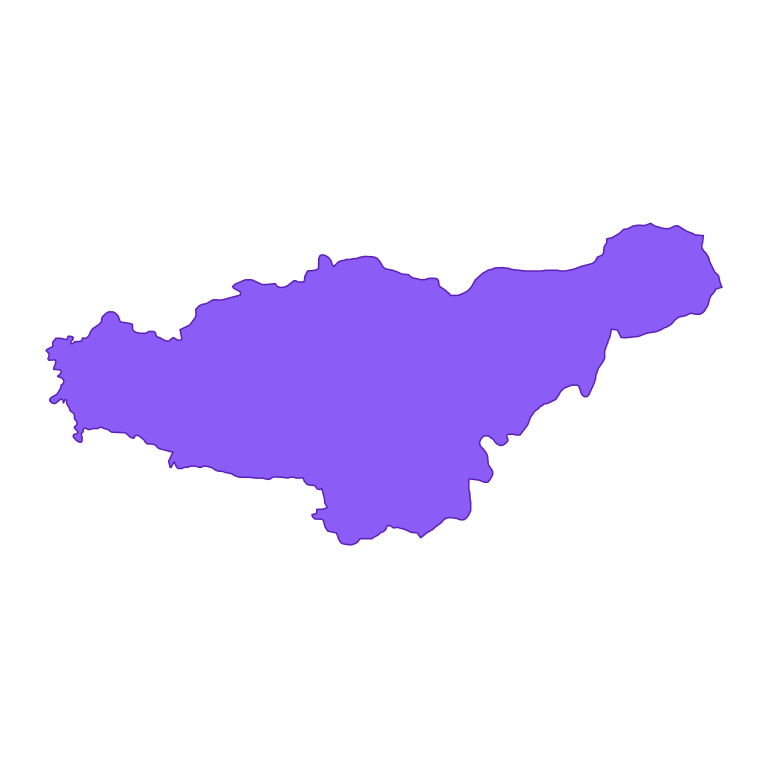 the district of Orotina, Alajuela, Costa Rica
{"feature_id": "36466004B51019647816434", "entity_name": "Orotina", "entity_type": "district", "adm_level": 2, "iso_a3": "CRI", "parent_name": "Costa Rica", "parent_adm1": "Alajuela", "projection": "orthographic", "projection_center": [-84.58, 9.893], "detail": "fine", "context": "isolated", "style": "filled", "palette": "violet", "viewbox_px": 768, "rotation_deg": 0, "n_neighbors": 0, "source": "geoboundaries", "source_scale": "gbopen_adm2", "svg_char_len": 6025}
<svg xmlns="http://www.w3.org/2000/svg" viewBox="0 0 768 768"><path d="M703.3,235.6L694.4,234.8L693.1,233.6L686.8,231.3L677.9,225.8L675.1,225.9L668.9,228.7L664.0,228.5L654.9,226.1L650.6,223.3L644.9,225.5L637.8,225.2L633.0,226.1L627.2,229.0L623.9,229.2L619.1,233.6L612.0,237.7L606.8,238.9L606.7,242.8L604.1,246.8L603.5,253.3L601.8,255.3L597.3,257.2L595.4,261.1L592.4,263.5L581.2,266.4L574.3,269.0L565.6,271.0L560.4,271.0L557.6,270.3L545.6,270.3L541.2,271.0L525.4,271.0L512.2,269.5L508.7,268.4L502.9,267.6L494.7,268.0L492.8,269.1L488.5,270.0L482.8,273.2L475.5,279.7L471.6,286.6L468.8,289.9L466.7,291.6L462.1,293.8L459.4,295.0L457.3,295.4L450.6,295.4L449.0,293.3L446.6,291.6L446.3,290.9L439.7,286.4L439.1,285.3L438.4,280.4L436.5,278.5L429.8,278.2L426.6,279.0L426.1,279.5L420.9,279.7L413.0,277.9L411.8,277.4L408.3,274.6L401.6,274.0L396.5,271.5L395.0,271.3L393.0,270.3L385.3,268.8L382.9,266.7L380.0,261.7L377.7,258.8L375.5,257.5L372.7,256.8L364.5,256.4L360.2,257.2L356.2,258.6L353.2,258.6L350.7,259.4L346.2,259.4L345.0,260.1L340.7,260.9L338.3,262.0L333.8,266.5L332.4,264.7L330.8,260.3L327.7,256.8L324.1,255.0L321.2,255.0L320.0,255.7L318.8,258.5L318.5,268.4L316.4,269.9L312.6,270.6L307.9,270.9L307.3,271.3L304.8,276.6L304.4,280.8L303.5,281.9L298.3,282.1L295.9,280.8L294.0,280.7L288.1,285.3L285.6,286.7L282.4,287.4L280.0,287.4L277.4,286.6L275.2,283.6L266.7,284.5L261.9,284.5L252.6,280.1L250.7,279.7L245.0,279.9L235.0,284.2L232.7,286.5L233.3,287.9L240.5,292.0L240.3,295.1L221.1,300.1L214.0,299.7L212.2,300.2L206.5,303.6L202.5,304.3L199.2,305.8L195.8,309.2L196.0,315.4L195.2,317.6L190.2,324.4L189.5,325.1L180.1,329.7L181.8,338.7L181.1,339.7L179.8,340.2L177.9,340.2L173.5,337.6L172.2,338.2L168.7,341.1L165.4,340.8L159.6,337.6L156.6,336.7L155.4,332.8L153.8,331.4L149.0,331.4L145.6,333.3L139.8,333.3L136.6,332.5L134.1,331.4L133.0,330.1L132.6,329.2L132.5,324.8L132.0,324.1L128.8,323.2L120.3,321.9L118.1,315.9L114.8,312.7L112.9,311.9L108.5,311.9L106.1,313.3L102.6,316.5L101.6,318.8L101.6,321.2L100.6,322.7L99.0,324.4L92.7,328.7L90.7,331.4L89.2,335.1L87.4,337.3L85.8,338.3L83.4,338.3L82.8,337.9L81.1,341.3L74.9,341.7L72.7,343.6L71.1,343.7L70.8,341.9L72.9,339.6L73.2,337.4L71.8,336.6L69.0,336.1L68.1,336.5L66.7,339.7L60.7,338.3L55.9,338.3L52.9,341.9L52.8,346.5L46.9,349.5L46.1,350.6L49.2,353.9L48.9,356.6L48.0,358.4L48.3,359.7L49.0,360.2L55.2,359.9L55.6,360.6L55.7,363.0L53.9,367.5L53.8,369.4L59.4,369.8L60.8,370.5L61.2,372.2L59.7,374.6L57.8,375.9L57.7,376.5L62.1,378.1L63.7,380.2L63.8,382.1L63.1,383.8L61.2,385.0L60.6,388.3L56.9,394.3L51.3,397.4L49.9,399.1L49.7,400.7L52.1,403.0L54.3,403.6L56.1,402.9L60.7,399.1L61.6,399.1L63.0,400.3L63.4,403.4L64.6,400.0L65.9,399.8L66.5,400.3L66.5,402.7L67.7,405.7L68.9,407.0L70.2,410.8L73.8,413.5L74.4,415.5L74.5,418.9L76.6,421.3L77.0,423.0L76.8,424.8L74.6,426.7L74.4,427.5L74.6,428.3L77.8,431.6L77.7,433.0L75.7,434.1L73.6,434.6L73.2,436.8L76.0,440.1L79.1,442.1L81.3,442.1L82.1,440.5L82.1,437.1L81.4,435.1L81.4,433.2L83.0,432.0L83.3,429.2L84.3,428.4L86.1,428.1L88.0,429.6L89.4,429.6L92.9,428.6L97.7,428.6L99.3,427.4L102.2,427.4L103.3,428.3L108.4,429.7L110.4,431.5L112.1,432.2L124.3,432.7L125.9,433.2L130.2,437.1L132.8,438.2L134.1,438.0L135.0,435.7L136.3,435.4L138.7,435.6L144.5,440.4L145.2,442.1L147.3,443.9L152.1,444.0L154.4,444.7L155.6,445.2L157.7,447.7L159.6,448.8L172.9,452.2L168.6,461.3L170.2,467.5L171.1,467.4L174.0,462.1L174.4,462.1L175.6,465.2L177.2,467.8L178.3,468.5L182.1,468.5L183.9,467.4L188.7,467.1L189.7,466.4L191.1,466.1L195.5,466.1L199.0,467.3L201.4,467.3L203.2,466.1L206.6,466.2L212.5,467.9L215.3,470.1L218.6,471.2L222.8,471.4L224.9,472.4L231.4,473.6L235.0,475.8L239.1,477.2L250.1,477.4L255.7,478.1L263.4,478.1L264.0,478.6L267.7,479.3L269.6,479.3L273.4,476.9L283.9,477.4L285.5,477.9L288.4,477.9L290.1,477.2L294.4,477.2L295.9,478.1L303.1,477.9L304.3,481.2L307.1,484.4L309.8,485.1L314.0,485.3L315.7,486.7L316.9,488.6L318.2,489.4L321.1,489.4L321.6,488.5L321.9,488.8L324.4,498.4L324.8,503.1L327.3,507.6L323.5,509.1L316.8,509.4L316.5,513.6L312.2,514.5L312.0,515.2L312.6,516.9L315.0,519.0L321.7,519.2L322.8,519.9L323.4,520.6L324.9,526.5L327.1,530.2L328.1,531.2L336.1,532.9L337.4,535.2L338.6,539.1L340.2,541.9L341.7,543.2L343.4,543.9L348.1,544.7L351.9,544.7L355.4,543.5L357.7,542.0L359.7,539.1L360.5,538.7L371.9,538.7L374.2,537.0L378.0,535.1L380.5,532.6L383.7,531.5L386.0,529.1L386.5,526.9L387.7,525.7L390.5,525.7L393.4,527.9L397.4,527.4L405.0,529.5L411.3,532.4L417.3,532.9L420.4,537.5L421.1,537.5L426.6,533.0L433.1,529.2L434.5,527.7L441.3,522.6L443.7,519.8L446.8,517.9L450.4,517.6L456.3,518.3L460.3,519.8L463.3,519.8L464.6,519.5L464.9,518.9L466.2,518.3L468.6,515.2L470.7,510.6L470.7,502.4L470.0,498.1L469.9,493.6L468.8,489.3L468.8,481.0L469.6,478.9L478.9,480.1L484.7,482.3L487.7,482.2L489.1,480.9L492.1,475.9L492.8,473.8L492.5,470.9L488.3,464.6L487.6,456.5L486.4,453.2L483.2,448.8L481.0,446.8L479.7,444.3L479.8,441.4L481.7,437.9L483.8,436.0L486.8,435.8L488.9,436.1L490.9,437.9L493.3,439.3L495.2,442.2L497.0,444.0L497.7,444.0L499.4,445.4L502.4,445.4L504.9,444.0L507.8,441.1L507.8,438.8L506.7,436.7L507.0,435.3L507.8,434.3L513.8,434.3L516.2,435.0L520.0,435.0L527.7,424.9L530.4,417.6L534.3,411.7L539.0,408.0L539.9,406.8L543.1,405.0L544.1,403.9L547.6,403.5L555.9,399.3L558.2,395.5L558.8,395.2L559.2,393.8L560.8,391.4L564.1,388.1L572.0,385.1L577.2,385.1L578.4,385.8L579.1,387.0L581.6,394.2L583.5,396.2L584.6,396.7L586.9,396.7L588.9,394.8L594.5,382.5L594.7,381.0L595.6,379.0L595.7,376.0L598.3,368.5L603.3,361.2L604.7,358.1L604.6,351.4L606.9,344.5L607.7,343.4L608.0,341.2L609.9,337.0L611.4,329.2L617.4,330.0L621.1,337.5L625.5,337.8L638.5,336.4L647.0,333.1L656.5,331.6L661.6,329.5L663.8,328.0L666.9,326.9L670.2,325.0L672.9,322.6L674.5,320.4L678.6,317.1L685.6,315.7L690.7,313.2L696.2,314.3L699.6,314.3L702.5,312.9L704.5,310.9L707.9,305.3L709.5,299.1L710.8,296.1L714.7,291.4L715.7,289.2L721.9,287.2L720.0,282.3L718.6,275.7L714.7,272.0L709.3,260.9L708.9,258.3L707.8,256.1L705.6,252.7L703.5,250.7L701.9,247.8L701.8,244.8L702.6,242.8L703.3,235.6Z" fill="#8b5cf6" stroke="#5b21b6" stroke-width="1.5"/></svg>